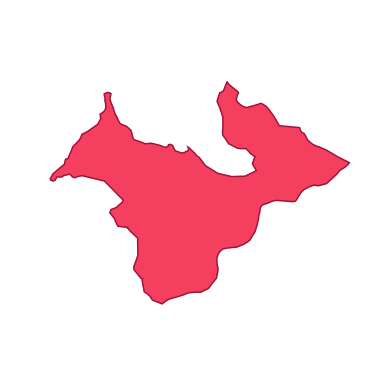 Yarim, Ibb, Yemen (Natural Earth projection), rotated 110°
{"feature_id": "15242507B58616339895534", "entity_name": "Yarim", "entity_type": "district", "adm_level": 2, "iso_a3": "YEM", "parent_name": "Yemen", "parent_adm1": "Ibb", "projection": "natural_earth1", "projection_center": [44.288, 14.289], "detail": "fine", "context": "isolated", "style": "filled", "palette": "rose", "viewbox_px": 384, "rotation_deg": 110, "n_neighbors": 0, "source": "geoboundaries", "source_scale": "gbopen_adm2", "svg_char_len": 4947}
<svg xmlns="http://www.w3.org/2000/svg" viewBox="0 0 384 384"><g transform="rotate(110 192 192)"><path d="M162.5,259.8L162.6,260.7L162.6,261.1L162.6,264.5L161.6,265.8L158.1,268.1L155.8,269.8L155.0,270.4L154.1,272.5L152.8,275.7L152.7,276.8L152.6,277.8L152.7,279.4L152.4,282.1L152.1,283.1L151.5,283.8L150.9,284.5L150.4,285.1L149.9,285.8L149.2,286.4L149.1,286.6L148.6,287.0L147.9,287.6L147.2,288.3L146.5,289.1L146.0,289.7L145.4,290.3L145.2,290.6L144.8,291.0L144.2,291.5L143.5,292.1L142.8,292.7L142.2,293.2L141.5,293.6L141.3,293.8L140.9,294.1L140.2,294.6L139.4,295.2L138.8,295.8L138.2,296.3L137.5,296.9L137.5,297.0L136.9,297.6L136.2,298.2L135.9,298.5L135.6,298.8L134.9,299.3L134.2,299.8L133.4,300.3L132.8,300.7L132.1,301.2L131.2,301.2L127.4,301.7L127.0,303.3L127.4,305.6L128.0,306.1L128.9,307.1L129.5,308.0L130.3,307.9L131.6,307.1L133.8,305.7L134.7,305.5L135.3,305.4L136.1,305.0L136.8,304.5L136.9,304.4L137.2,304.2L137.4,304.0L138.9,303.3L140.0,302.7L141.2,302.2L141.3,302.1L141.6,302.0L141.9,301.8L145.0,301.8L147.5,302.9L148.0,303.1L149.9,304.8L150.5,304.9L154.4,302.8L156.8,303.2L160.7,303.8L161.1,304.1L161.9,304.7L165.0,306.8L165.4,307.1L168.1,308.9L170.9,310.9L171.3,311.3L172.8,312.7L173.2,313.0L174.0,313.8L175.4,315.1L178.5,315.2L179.7,315.3L181.5,315.6L182.6,316.1L185.2,317.2L189.5,319.1L189.9,319.3L190.3,319.5L194.1,319.5L199.0,319.9L200.7,319.9L202.8,319.9L203.3,320.4L204.0,321.4L204.4,322.0L204.8,322.0L207.5,321.8L209.7,321.4L211.4,322.5L213.8,323.9L213.9,324.0L214.3,324.2L222.2,328.7L222.7,328.9L223.3,329.0L226.1,329.4L228.0,329.8L229.1,328.9L229.1,327.5L229.1,325.9L228.4,325.3L227.6,324.6L227.4,324.6L224.6,324.2L224.0,323.8L223.5,322.5L222.4,319.4L222.0,319.0L221.2,318.6L220.7,318.5L219.0,316.0L217.0,312.8L217.8,311.3L218.8,309.4L218.8,307.2L218.6,307.0L217.3,305.5L216.3,304.2L215.7,303.3L215.6,303.2L215.3,302.6L214.8,301.7L214.2,300.7L214.2,300.4L212.9,289.0L212.7,286.7L212.4,284.4L212.0,280.6L211.9,280.1L211.9,279.9L211.8,279.3L211.5,278.1L211.7,277.9L218.0,264.6L218.2,264.3L222.6,255.1L223.3,253.7L225.4,254.0L232.6,258.0L235.9,261.8L236.1,262.1L239.7,262.1L239.8,262.0L240.3,261.1L243.3,256.0L246.0,253.6L246.8,252.9L248.6,250.9L249.5,249.8L248.6,245.7L247.3,240.6L247.7,240.6L250.2,236.0L250.4,235.5L253.2,229.0L253.9,227.3L258.3,225.7L264.9,223.1L270.0,221.2L275.4,221.1L276.1,221.1L276.4,221.1L282.5,221.1L284.9,219.9L290.6,210.4L290.6,209.9L290.6,208.8L291.2,208.8L291.9,208.8L296.8,205.9L298.3,205.0L302.2,202.7L302.8,199.7L304.3,195.9L305.8,194.0L307.1,192.3L307.2,188.2L307.4,181.8L302.4,178.6L302.1,178.2L300.1,176.4L296.2,171.0L291.4,164.6L289.5,162.6L287.3,159.6L285.0,154.7L283.3,149.6L280.9,147.3L278.4,144.9L277.0,143.5L273.4,142.5L267.4,140.5L264.8,139.6L264.5,139.5L256.4,140.9L255.5,141.1L251.0,143.9L245.9,145.9L242.2,146.2L238.9,145.7L235.2,143.7L232.1,138.9L231.4,136.8L230.6,135.9L229.8,133.9L228.7,131.4L226.5,128.9L223.3,125.3L223.2,125.3L222.2,124.5L217.9,121.3L211.1,119.9L208.1,119.2L203.0,119.4L200.6,119.6L194.7,120.3L190.2,121.3L188.4,121.3L187.9,121.4L185.4,122.0L183.6,122.4L181.9,122.1L180.6,121.6L179.0,120.3L177.7,118.3L175.9,116.3L174.3,114.6L172.3,112.2L170.8,109.3L167.1,95.7L166.5,93.9L166.0,92.7L165.6,92.2L165.2,91.8L164.2,91.3L163.5,91.1L161.4,90.7L155.6,89.5L154.0,88.8L151.5,87.6L147.3,83.9L143.8,79.8L142.9,75.3L138.1,68.5L136.0,67.4L129.8,64.1L126.1,62.2L121.4,60.6L116.5,56.9L112.3,54.5L110.6,54.2L109.0,67.4L106.6,80.3L106.3,85.8L106.1,88.3L106.4,90.2L105.8,95.3L104.9,98.0L103.5,101.2L99.8,105.2L99.1,106.2L98.5,107.2L98.6,108.9L97.3,110.9L94.7,112.9L98.3,126.7L99.8,132.5L91.9,142.3L88.0,148.2L86.1,151.8L85.2,155.6L85.2,156.7L85.1,157.6L86.0,158.7L87.5,160.5L91.4,165.9L91.8,166.5L92.6,167.6L93.8,169.2L94.2,173.0L93.4,176.3L92.2,179.5L92.0,179.9L91.3,180.7L90.2,182.0L84.5,182.6L83.1,182.1L82.0,183.2L79.8,190.0L79.3,191.3L78.5,193.6L78.4,193.8L76.6,196.6L77.2,196.8L79.8,196.9L86.5,197.1L87.6,198.3L88.1,198.3L89.3,199.9L90.6,199.8L96.6,199.6L98.3,199.4L100.7,197.3L103.6,194.4L111.3,188.5L116.3,186.7L121.0,184.9L126.1,183.6L128.3,182.3L131.2,177.7L131.4,177.6L134.1,174.1L134.5,170.8L134.8,167.9L135.2,165.1L135.3,164.0L134.4,160.4L133.7,158.6L132.8,156.0L133.2,155.2L135.9,150.0L137.4,144.7L138.4,145.0L144.6,145.0L145.2,144.4L150.0,138.8L157.9,146.5L159.0,147.6L159.6,148.9L160.6,151.7L161.2,153.1L162.5,156.5L162.8,157.1L163.7,159.4L164.0,160.3L164.1,161.6L165.3,171.4L165.3,171.7L165.6,174.2L162.7,188.1L162.6,188.3L162.0,189.3L161.0,190.8L160.0,192.5L159.5,193.2L157.0,197.2L156.7,198.2L156.3,200.1L154.7,202.3L154.0,204.2L151.6,209.6L151.2,211.2L152.1,210.4L153.3,209.8L154.1,209.7L154.9,210.1L155.5,210.7L156.0,211.7L157.4,212.3L158.1,213.6L158.8,214.8L158.9,215.1L159.0,221.5L159.1,222.0L154.8,226.3L154.8,229.2L155.7,230.3L157.4,230.3L159.2,232.2L159.2,236.0L159.2,236.4L159.2,237.6L159.2,238.9L159.4,240.2L159.6,242.3L159.8,244.6L160.1,246.6L160.1,247.0L162.6,252.2L162.6,254.7L162.5,259.8Z" fill="#f43f5e" stroke="#9f1239" stroke-width="1.5"/></g></svg>